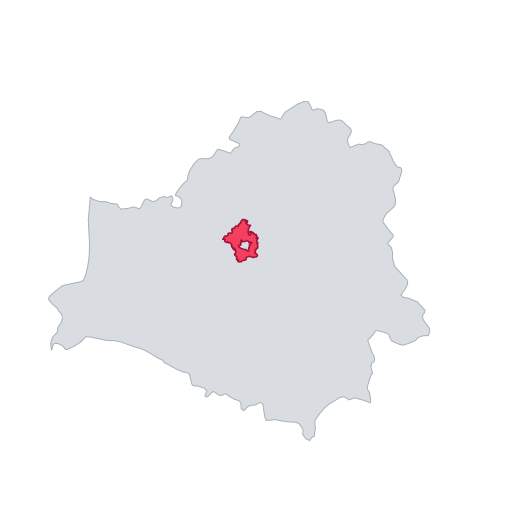 Minsk, Minsk, Belarus shown in context, rotated 16°
{"feature_id": "67162791B84471344127718", "entity_name": "Minsk", "entity_type": "district", "adm_level": 2, "iso_a3": "BLR", "parent_name": "Belarus", "parent_adm1": "Minsk", "projection": "mercator", "projection_center": [27.512, 53.937], "detail": "fine", "context": "in_parent", "style": "filled", "palette": "rose", "viewbox_px": 512, "rotation_deg": 16, "n_neighbors": 0, "source": "geoboundaries", "source_scale": "gbopen_adm2", "svg_char_len": 9448}
<svg xmlns="http://www.w3.org/2000/svg" viewBox="0 0 512 512"><g transform="rotate(16 256 256)"><path d="M406.5,365.5L399.0,365.0L390.0,365.2L385.0,368.7L379.5,367.0L375.6,369.0L366.8,378.6L363.3,383.8L360.0,391.8L358.0,397.7L359.1,401.8L360.7,405.6L361.1,409.7L361.9,412.9L359.7,415.2L358.5,418.6L354.7,418.0L350.1,414.8L349.2,410.1L345.7,406.8L343.3,405.2L339.5,404.9L333.4,406.4L325.4,407.6L319.4,407.9L316.1,409.5L311.3,411.2L309.4,409.2L306.7,403.9L304.5,398.6L303.0,396.3L301.7,395.7L300.0,395.8L298.2,397.5L296.8,399.2L291.7,401.2L289.5,403.1L287.1,408.0L285.4,407.6L283.8,406.5L281.8,401.1L279.2,399.8L275.0,399.7L269.7,398.6L265.5,396.9L263.9,397.3L261.4,399.6L258.7,400.0L252.7,397.9L251.5,398.9L248.1,404.9L246.4,405.1L245.5,404.4L246.0,399.2L242.6,397.3L236.7,397.0L232.6,397.8L230.5,397.6L229.5,396.6L224.5,387.8L221.8,387.2L217.0,387.6L210.0,386.6L201.8,384.6L197.4,383.9L195.0,381.9L190.0,381.2L176.6,377.5L171.1,376.8L163.0,376.8L150.6,375.9L142.7,376.4L139.1,377.6L134.9,378.4L120.2,379.4L115.0,380.4L113.5,382.3L111.8,386.3L105.7,393.3L99.9,398.0L98.8,398.4L95.4,395.9L92.5,395.1L89.2,394.8L86.8,395.6L85.3,396.8L85.5,402.1L85.2,402.6L82.6,396.2L82.8,390.4L84.3,387.1L86.0,384.1L85.3,379.6L87.0,373.7L87.1,369.4L86.3,367.5L84.9,365.3L81.1,363.0L79.4,361.1L74.2,358.6L69.1,355.5L68.3,353.6L68.5,352.2L69.4,350.3L73.3,344.4L77.5,338.7L80.3,336.5L94.6,329.1L96.9,326.6L97.4,322.3L97.2,313.5L96.3,305.5L95.2,299.9L92.4,289.5L84.9,267.8L80.5,245.1L83.4,246.4L90.3,246.9L95.7,245.4L98.6,245.1L101.1,245.6L108.3,244.4L110.1,246.4L113.3,248.2L119.6,245.6L125.2,242.4L131.0,242.8L131.8,241.2L133.3,233.1L135.0,231.3L141.9,232.1L144.5,230.7L147.2,226.7L151.3,224.2L154.7,224.2L158.3,221.4L160.0,223.2L160.9,226.6L159.7,229.3L160.2,230.3L162.7,231.7L166.9,231.6L169.6,230.5L170.3,229.0L170.2,226.2L169.6,223.6L167.8,221.4L164.4,220.2L162.1,220.2L161.7,218.7L162.5,215.7L164.5,210.0L167.1,204.9L168.7,203.0L168.9,201.2L168.6,198.1L168.6,192.5L170.9,184.7L174.0,178.8L178.1,176.9L183.2,175.8L186.4,173.0L188.0,169.8L189.4,164.7L191.0,163.6L203.2,164.3L205.0,159.2L206.1,157.8L208.4,156.2L210.0,154.4L209.4,153.0L206.3,152.1L199.0,151.3L197.5,149.6L198.0,147.6L199.9,142.3L201.8,135.5L202.8,130.2L202.9,127.0L203.9,126.2L209.9,125.2L211.9,124.1L217.0,116.9L220.9,115.6L231.1,117.5L235.7,117.3L241.6,117.8L242.1,117.1L244.2,109.9L254.2,98.3L259.5,94.3L262.9,93.4L264.1,93.6L269.5,99.8L270.7,100.0L274.3,97.4L280.5,97.2L283.3,99.4L287.4,106.8L289.6,107.7L295.6,103.6L298.9,102.2L301.1,102.2L312.4,108.0L313.2,109.9L313.3,112.1L311.6,118.9L313.9,123.0L316.6,125.8L322.4,121.2L324.6,119.9L326.9,119.8L330.1,118.1L332.4,115.5L334.5,114.6L338.7,115.2L346.2,114.6L355.0,118.7L355.7,119.9L360.1,124.7L361.6,127.1L363.1,127.9L365.4,130.2L368.5,131.7L370.7,131.2L371.8,132.0L372.7,133.8L372.8,136.9L372.5,145.8L369.3,150.5L368.9,152.1L369.1,154.0L371.6,157.9L374.8,163.8L375.5,167.2L375.5,169.8L371.1,177.3L369.7,179.1L368.7,182.8L368.2,186.5L368.5,188.1L375.8,194.0L381.2,197.3L382.4,198.8L382.5,199.8L379.6,206.2L379.3,207.9L383.7,210.5L386.1,214.7L388.2,221.4L392.3,227.9L407.6,237.3L408.9,239.0L409.4,241.0L408.9,245.4L406.1,253.7L408.7,255.0L415.5,254.6L423.7,255.7L433.5,261.6L433.5,264.2L432.5,266.6L433.2,269.1L434.3,271.2L442.8,277.8L443.6,279.7L443.7,282.8L443.5,285.2L441.1,285.7L438.5,286.7L434.3,289.5L432.6,293.4L425.6,298.8L421.4,301.3L418.0,301.4L409.9,300.3L407.0,297.6L405.8,295.2L402.7,294.1L398.6,294.0L392.8,294.4L391.7,295.1L390.7,298.2L388.3,303.3L386.6,306.2L393.8,316.3L397.5,320.4L398.6,323.0L398.6,324.8L396.8,326.9L397.1,331.2L400.6,336.8L399.5,337.7L399.1,344.6L399.1,351.9L400.1,353.7L402.0,355.1L403.6,357.8L406.3,363.9L406.5,365.5Z" fill="#d9dde1" stroke="#a8b0b8" stroke-width="1"/><path d="M238.0,264.2L238.1,264.5L238.3,264.6L239.0,264.6L239.7,264.3L240.1,264.4L240.2,264.6L240.2,264.8L239.6,265.0L239.4,265.2L239.4,265.4L239.5,265.6L239.8,265.7L240.0,265.9L240.2,266.0L240.3,266.3L241.3,266.3L241.7,266.2L242.7,265.8L243.3,265.6L243.6,265.4L243.7,265.1L243.8,264.8L244.0,264.4L245.6,263.4L246.1,263.2L246.5,263.1L246.8,262.9L247.1,262.7L247.4,262.2L247.4,261.1L247.2,260.6L247.1,260.3L247.2,259.8L247.5,259.5L247.8,259.3L248.6,259.1L249.3,258.4L249.5,258.2L249.9,258.1L250.8,258.1L251.4,258.2L251.9,258.3L252.5,258.1L252.8,258.0L253.3,258.2L253.6,258.2L253.9,258.2L254.3,258.1L254.4,257.7L254.5,257.5L254.9,257.3L255.8,257.1L256.2,256.9L256.6,256.7L256.9,256.3L257.1,255.9L257.3,255.3L257.3,255.0L257.2,254.8L256.9,254.5L256.0,253.8L255.7,253.7L254.6,253.7L254.2,253.6L254.1,253.4L254.0,253.1L254.1,252.9L254.4,252.3L254.4,252.0L254.2,251.8L253.7,251.4L253.5,251.1L253.5,250.7L254.3,250.1L254.4,249.9L254.5,249.6L254.4,249.4L254.2,249.1L254.2,248.9L254.2,248.5L254.7,248.2L255.3,248.1L255.5,247.8L255.1,246.9L255.0,245.9L254.7,245.1L254.4,244.8L253.8,244.4L253.7,244.0L254.2,243.4L254.2,243.1L254.2,242.8L254.0,242.7L253.3,242.6L253.0,242.3L252.9,242.1L252.9,241.8L252.9,241.5L252.5,241.0L252.4,240.7L252.6,240.5L252.7,240.2L252.6,239.6L252.7,239.4L253.1,238.7L253.1,238.2L252.8,238.1L252.6,238.1L252.1,238.5L251.6,238.9L251.4,239.0L251.2,238.8L251.1,238.5L251.1,238.3L251.2,237.9L251.4,237.9L251.6,237.6L251.7,237.4L251.7,237.1L251.6,236.8L250.8,236.3L250.5,236.0L250.3,235.7L250.3,235.3L250.1,235.3L249.7,235.8L249.5,236.0L249.2,236.0L249.0,235.8L248.8,235.5L248.5,235.2L248.3,235.1L247.6,235.2L247.3,235.2L247.2,235.1L247.1,234.7L247.1,234.3L246.9,234.2L246.5,234.1L246.3,234.1L246.0,234.2L245.8,234.5L245.6,234.7L245.4,234.7L245.2,234.6L245.2,234.3L244.7,234.0L244.6,233.9L244.4,233.8L244.2,233.9L243.7,233.9L243.4,234.0L243.2,234.4L243.3,234.9L243.5,235.1L243.8,235.3L244.1,235.3L244.6,235.2L244.9,235.3L244.8,235.5L244.9,236.2L244.9,236.5L244.8,236.8L244.8,237.1L244.5,237.3L244.1,237.6L243.6,237.6L243.3,237.5L243.0,237.0L242.8,236.6L242.6,236.4L242.5,236.2L242.2,236.1L242.1,235.9L241.9,235.3L241.7,234.8L241.5,234.4L241.5,234.1L241.5,233.7L241.4,233.3L241.4,232.9L241.3,232.4L241.2,231.9L241.3,231.6L241.4,231.4L241.6,231.1L241.6,230.1L241.6,229.9L241.9,229.7L241.9,229.3L241.8,229.0L242.0,228.7L242.3,228.2L242.0,228.0L241.7,228.0L240.8,228.5L240.0,228.5L239.8,228.5L239.6,228.4L239.4,228.2L239.1,228.0L238.6,228.0L238.3,227.8L238.3,227.7L238.2,227.3L237.7,227.2L237.4,227.1L237.4,226.9L237.5,226.7L238.2,226.2L238.5,226.0L238.4,225.7L238.0,225.4L238.0,225.2L238.1,224.9L238.2,224.7L237.8,224.5L237.5,224.6L237.4,225.0L237.3,225.3L237.1,225.6L236.9,225.9L236.6,226.1L236.4,226.1L236.4,225.6L236.6,225.4L236.7,224.9L236.7,224.6L236.7,224.4L236.4,224.2L236.0,224.2L235.2,224.5L234.9,224.4L234.7,224.1L234.2,224.3L233.8,224.6L233.6,224.7L232.8,224.7L232.8,225.1L232.8,225.8L232.6,226.1L232.3,226.2L232.1,226.6L232.1,227.1L232.0,227.4L231.9,227.6L231.7,227.7L231.7,227.9L231.9,228.2L232.1,228.5L232.1,228.8L231.9,229.0L231.2,229.5L231.0,230.0L230.9,230.3L230.5,230.6L230.6,231.2L230.7,231.5L230.9,231.6L230.9,231.9L230.8,232.1L230.6,232.3L229.5,232.4L228.8,232.7L228.2,232.9L227.9,233.2L227.8,233.5L227.8,234.2L228.0,234.5L227.9,235.0L227.5,235.2L226.7,235.4L226.3,235.7L226.2,236.0L226.0,236.4L225.5,236.5L225.5,237.1L225.6,237.4L225.7,237.9L225.7,238.1L226.0,238.0L226.1,237.9L226.4,238.0L226.5,238.2L226.4,238.7L226.4,239.0L226.6,239.2L226.6,239.4L226.7,239.8L226.7,240.0L226.5,240.3L226.1,240.6L226.0,240.9L225.8,241.1L225.1,241.2L224.8,241.1L224.5,241.1L224.1,241.2L223.7,241.5L223.4,241.6L223.1,241.8L223.0,242.2L222.9,242.6L223.2,243.1L223.3,243.4L223.3,243.7L223.1,244.0L222.9,244.2L222.7,244.6L222.2,244.9L221.7,245.0L221.3,245.1L220.9,245.2L220.5,245.6L220.4,246.0L220.2,246.7L219.9,247.0L220.0,248.1L219.6,248.7L219.5,248.9L219.5,249.1L219.8,249.1L220.5,248.7L221.1,248.6L221.3,248.6L221.6,248.7L221.7,248.8L221.8,249.0L221.7,249.4L221.7,249.6L221.7,250.1L221.9,250.5L222.2,250.7L222.9,250.9L223.2,250.9L223.6,251.1L223.9,251.1L224.1,250.9L224.7,250.3L224.9,250.2L225.2,250.3L225.5,250.9L225.8,251.0L226.1,250.8L226.4,250.5L226.7,250.4L227.0,250.4L227.2,250.6L227.8,250.9L228.7,251.1L229.2,251.4L229.4,251.5L229.5,251.5L229.5,251.8L229.5,252.1L229.3,252.4L229.3,252.5L229.5,252.8L229.9,252.9L230.1,253.0L230.1,253.7L230.4,254.1L230.5,254.2L230.8,254.3L231.6,254.2L231.7,254.3L231.7,254.9L231.7,255.2L231.7,255.4L231.8,255.4L232.1,255.4L232.5,255.4L232.9,255.0L233.0,254.7L233.4,254.5L233.7,254.6L233.9,254.8L234.0,255.1L233.8,255.4L233.4,255.5L233.2,255.6L233.2,255.8L233.3,256.1L233.4,256.3L233.8,256.4L234.1,256.4L235.1,256.8L235.4,257.0L235.6,257.2L235.6,257.5L235.6,257.8L235.4,258.1L235.4,258.4L235.7,259.1L235.7,259.3L235.6,259.5L235.0,259.8L234.8,260.0L235.1,260.8L235.4,261.0L235.7,261.1L236.5,261.1L236.6,261.4L236.6,261.6L236.9,261.9L237.5,261.9L237.7,262.0L237.7,262.3L237.7,262.6L237.8,262.9L238.0,264.2ZM247.7,244.0L248.0,244.4L248.2,244.9L247.2,245.9L247.4,246.4L246.8,247.0L246.6,247.2L246.6,247.7L247.0,248.3L247.2,248.7L247.2,249.3L246.9,249.7L246.7,250.1L246.8,250.7L247.5,251.8L247.7,252.4L247.7,252.8L247.5,253.4L247.0,253.8L246.2,253.7L246.0,253.3L245.6,252.8L245.2,252.6L244.0,252.7L243.3,252.9L241.9,252.9L241.5,252.9L239.7,252.8L238.7,252.5L237.6,252.2L236.9,251.8L236.4,251.3L236.3,250.8L236.8,250.5L238.4,249.6L238.4,249.0L237.9,248.5L237.6,248.1L237.5,247.6L237.7,247.0L238.4,246.9L238.6,246.3L237.5,245.7L237.1,245.1L237.4,244.7L238.3,245.0L239.1,245.4L239.8,245.6L240.6,245.5L241.2,245.2L241.9,244.8L242.5,244.3L243.1,243.8L243.7,243.8L244.1,243.9L244.9,244.1L245.5,245.2L246.4,244.9L247.3,244.2L247.7,244.0Z" fill="#f43f5e" stroke="#9f1239" stroke-width="1.5"/></g></svg>